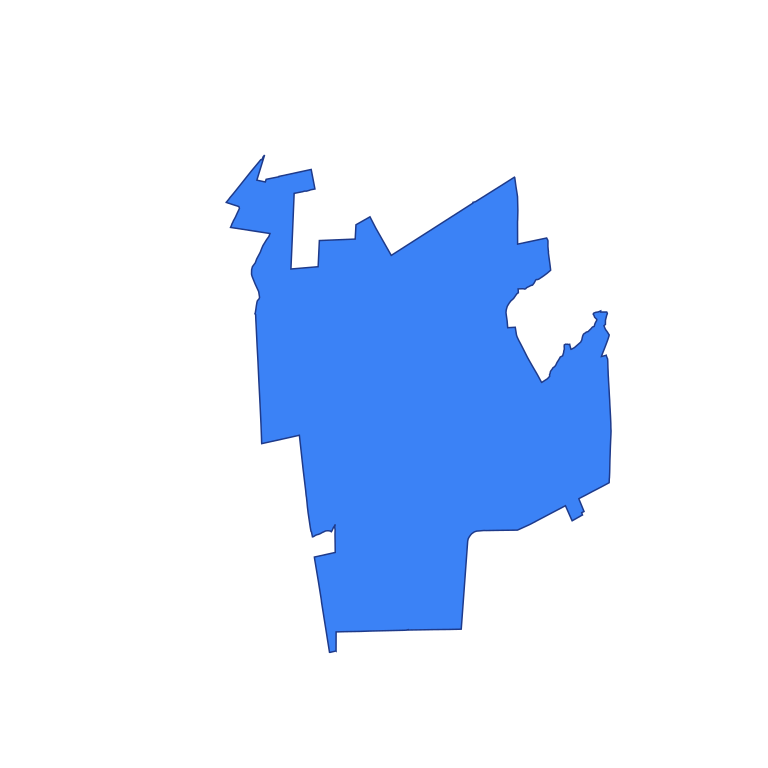 the district of Sinesti, Ialomita, Romania, rotated 309°
{"feature_id": "2599482B7496910182319", "entity_name": "Sinesti", "entity_type": "district", "adm_level": 2, "iso_a3": "ROU", "parent_name": "Romania", "parent_adm1": "Ialomita", "projection": "natural_earth1", "projection_center": [26.424, 44.577], "detail": "fine", "context": "isolated", "style": "filled", "palette": "blue", "viewbox_px": 768, "rotation_deg": 309, "n_neighbors": 0, "source": "geoboundaries", "source_scale": "gbopen_adm2", "svg_char_len": 5403}
<svg xmlns="http://www.w3.org/2000/svg" viewBox="0 0 768 768"><g transform="rotate(309 384 384)"><path d="M599.8,418.5L576.8,399.8L594.2,385.6L595.5,384.7L603.0,378.9L613.6,369.9L615.8,367.5L620.4,362.4L626.7,355.7L626.8,355.2L618.2,352.3L592.1,343.4L583.3,340.4L581.1,338.8L580.6,339.3L488.5,308.7L499.9,279.7L505.1,267.9L490.1,262.0L478.5,270.4L454.8,243.5L433.7,259.0L414.8,239.3L445.2,216.8L475.6,194.2L482.3,199.8L483.8,200.8L485.1,202.4L487.8,204.3L488.5,204.6L492.1,207.6L498.5,200.0L504.9,192.4L479.2,171.7L478.9,171.9L473.6,167.5L468.9,163.6L466.3,164.6L462.4,156.9L474.6,152.0L486.8,147.1L484.4,147.1L482.9,147.6L481.3,147.8L480.8,147.1L466.0,146.9L440.7,147.1L437.9,147.1L436.9,147.1L432.0,147.0L430.0,147.1L428.2,147.1L426.6,147.1L426.1,147.0L425.8,147.1L426.1,147.7L426.2,148.1L426.6,149.3L427.0,150.1L427.4,151.3L429.1,155.8L430.0,158.0L430.4,159.2L430.5,159.5L430.4,159.8L430.1,160.3L429.9,160.6L429.4,161.2L428.5,161.4L427.3,161.7L424.4,162.4L420.2,163.5L417.5,164.0L415.8,164.3L414.6,164.7L413.0,165.0L410.7,165.8L409.1,166.2L429.2,200.7L426.2,201.7L422.3,201.9L415.4,202.8L412.2,203.7L408.6,204.9L400.9,206.4L397.2,207.7L392.4,207.9L389.5,209.2L386.0,211.9L385.3,212.8L384.6,213.8L383.3,216.1L380.6,221.0L376.9,228.5L373.0,232.8L371.6,233.3L369.1,233.2L367.8,233.7L366.0,234.7L364.4,235.6L361.6,237.3L359.0,238.8L358.5,239.1L357.3,239.5L357.3,240.4L357.1,240.6L353.1,244.1L349.1,247.7L340.6,255.3L338.6,257.1L334.1,261.1L322.6,271.5L319.1,274.6L308.2,284.3L289.7,300.9L275.9,313.2L265.5,322.3L261.1,326.1L260.7,326.5L282.3,343.7L290.8,350.4L290.9,350.5L269.4,372.2L267.4,374.2L251.6,390.5L248.8,393.2L247.7,394.4L247.3,394.9L244.2,398.0L240.2,401.9L238.0,404.2L236.4,405.8L226.3,416.8L223.6,419.9L223.4,420.7L220.2,424.6L220.6,425.0L221.7,425.5L223.3,426.0L223.8,426.3L224.6,426.7L225.9,427.7L226.8,428.2L227.7,428.7L229.8,429.5L230.9,430.1L232.9,431.0L233.9,431.9L234.8,432.9L236.0,434.9L236.0,436.0L236.7,436.0L238.2,435.7L240.3,435.1L242.4,434.9L244.3,434.5L241.9,435.6L240.4,437.2L240.3,437.5L237.5,439.6L236.1,440.7L228.8,446.8L222.4,452.1L205.7,438.8L204.8,439.7L197.1,448.4L189.4,457.1L177.0,470.9L175.2,472.7L164.2,484.9L153.0,497.4L150.9,499.7L141.2,510.5L141.4,510.9L146.3,514.7L146.3,514.8L146.9,514.3L151.5,510.6L161.2,502.8L166.1,508.5L177.0,521.5L182.6,527.9L205.1,554.4L206.7,556.2L207.3,556.8L207.5,556.7L208.3,557.4L208.0,557.6L218.2,569.8L224.5,577.3L225.8,578.9L228.8,582.5L234.0,588.8L236.8,592.1L240.5,596.5L242.1,598.3L291.0,564.3L309.7,551.3L314.6,547.9L316.6,546.9L317.9,546.6L319.5,546.4L321.6,546.3L323.0,546.4L326.0,547.3L328.0,548.6L329.7,550.4L333.0,553.8L334.7,556.0L340.5,562.9L353.8,578.9L354.4,579.6L354.9,579.9L356.5,580.7L359.3,582.1L363.9,584.4L365.7,585.3L367.6,586.2L375.4,589.5L383.1,592.8L403.6,601.6L396.6,615.2L396.1,616.3L399.6,617.7L406.3,620.3L407.1,620.7L408.4,618.6L410.8,619.7L413.5,614.8L417.2,608.0L417.5,607.6L419.7,608.5L424.4,610.6L431.3,613.5L437.2,616.1L449.0,621.1L451.9,618.9L453.3,618.0L457.6,614.8L462.5,611.0L467.4,607.2L471.8,603.9L477.6,599.5L483.4,595.2L487.9,591.9L490.4,590.0L492.6,588.0L496.2,585.0L501.5,580.3L506.7,575.6L510.0,572.6L513.4,569.6L517.1,566.2L520.9,562.8L523.3,560.6L525.6,558.5L526.9,557.3L528.0,556.3L529.6,554.9L532.2,552.5L535.1,550.0L537.0,548.3L537.8,547.6L539.2,546.4L542.6,543.5L544.2,542.0L544.9,540.6L546.0,538.8L546.2,538.6L544.5,537.4L542.2,535.7L543.4,535.2L544.1,535.0L545.6,534.5L551.3,532.7L555.9,531.2L559.7,529.9L563.0,528.6L563.5,528.3L563.9,528.1L564.4,526.4L564.7,525.7L565.2,524.1L565.6,522.4L566.3,520.7L567.0,519.5L567.6,518.4L567.8,518.2L568.7,518.4L569.6,518.6L572.9,516.0L577.6,513.8L578.7,513.5L579.5,513.1L580.1,511.8L576.3,507.1L577.2,506.4L574.9,505.2L572.9,503.4L572.0,502.9L571.5,502.6L571.0,502.4L570.8,502.4L570.2,502.5L569.8,502.8L569.5,504.0L568.5,505.5L568.2,507.6L568.2,508.5L567.8,509.0L566.7,509.4L565.1,509.6L563.3,510.1L561.0,511.1L559.8,510.3L559.0,510.1L557.5,510.1L553.1,509.6L551.6,508.5L550.7,508.4L549.8,508.1L549.0,507.8L548.1,507.7L546.3,508.2L544.2,509.2L542.7,510.0L540.3,510.5L532.2,509.1L530.2,508.3L528.8,507.7L528.6,507.5L529.3,506.5L530.9,504.3L531.7,503.3L531.0,502.8L530.7,502.2L530.5,501.7L529.7,500.8L529.3,500.1L527.9,499.5L526.8,500.2L525.8,501.1L525.0,501.8L524.7,502.2L523.6,502.6L522.7,503.0L521.5,503.8L520.2,504.3L518.5,505.0L518.4,505.1L516.5,504.3L516.0,504.0L513.1,504.5L509.6,504.9L506.9,505.6L504.9,505.7L503.0,505.1L501.4,505.3L499.0,505.4L497.9,505.7L497.1,506.3L495.4,506.8L494.3,507.9L490.9,507.7L488.5,506.9L484.5,505.6L484.5,505.2L486.9,499.5L488.0,496.8L491.4,487.8L493.6,482.2L495.0,478.7L499.5,468.7L501.3,464.6L502.9,460.8L503.0,460.7L503.4,459.8L503.7,459.2L504.4,457.8L505.4,456.2L508.0,453.3L510.7,450.3L505.6,444.7L510.5,440.0L511.7,438.7L514.4,435.8L516.2,433.9L518.3,432.5L519.8,431.8L522.0,430.9L525.5,430.4L528.6,430.3L528.8,430.4L532.0,430.9L536.0,430.6L537.6,430.5L539.1,430.8L539.4,431.0L540.5,430.1L541.6,429.0L542.3,428.4L544.6,431.0L545.2,431.7L545.9,432.7L546.3,433.6L546.7,433.9L547.4,434.2L548.6,434.2L551.2,435.4L553.5,436.4L553.5,436.6L554.3,437.2L557.1,437.1L560.0,436.5L561.0,436.6L561.8,437.6L562.9,438.3L568.4,440.0L572.7,441.1L577.3,441.9L578.1,441.1L581.1,438.0L587.6,431.1L589.4,429.2L590.6,428.3L591.2,427.6L594.1,424.8L598.0,421.7L598.6,421.1L598.8,420.9L599.0,420.5L599.1,420.1L599.4,419.5L599.6,419.0L599.6,418.8L599.8,418.5Z" fill="#3b82f6" stroke="#1e3a8a" stroke-width="1.5"/></g></svg>